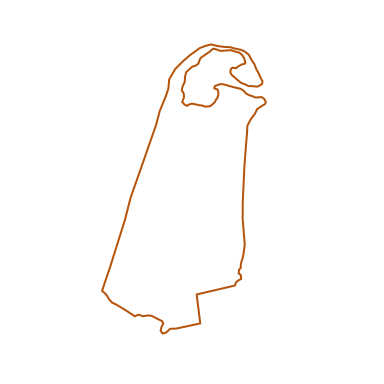 outline of Temotu, Tuvalu, rotated 49°
{"feature_id": "33948139B29442200117602", "entity_name": "Temotu", "entity_type": "district", "adm_level": 2, "iso_a3": "TUV", "parent_name": "Tuvalu", "parent_adm1": "", "projection": "orthographic", "projection_center": [178.67, -7.47], "detail": "fine", "context": "isolated", "style": "outline", "palette": "amber", "viewbox_px": 384, "rotation_deg": 49, "n_neighbors": 0, "source": "geoboundaries", "source_scale": "gbopen_adm2", "svg_char_len": 2149}
<svg xmlns="http://www.w3.org/2000/svg" viewBox="0 0 384 384"><g transform="rotate(49 192 192)"><path d="M248.2,316.8L249.5,312.9L251.0,312.0L253.7,310.3L256.3,306.2L258.3,304.2L259.6,303.5L261.1,302.8L263.9,301.8L267.6,300.2L269.8,299.3L272.4,300.0L273.6,303.2L276.1,306.7L279.4,307.1L281.1,303.8L280.9,298.2L284.6,293.7L296.6,272.0L272.4,255.7L290.7,221.0L289.0,217.9L289.2,214.6L289.9,212.0L286.6,209.6L284.2,210.2L281.4,207.4L281.4,205.2L280.1,204.0L277.9,201.9L276.3,199.0L273.1,194.4L266.1,186.5L245.6,171.5L238.7,165.4L233.4,160.8L206.2,134.8L191.4,119.8L184.2,112.4L178.3,106.7L175.7,100.1L174.2,93.1L172.2,88.5L172.8,83.6L173.5,79.2L172.6,77.3L169.1,76.4L165.9,77.3L163.9,80.1L162.0,82.3L158.7,83.9L156.3,85.4L153.5,86.5L148.9,86.7L146.0,87.6L140.6,91.5L138.0,93.3L134.9,95.3L131.5,97.5L129.3,99.7L128.2,102.1L127.1,105.2L128.2,107.1L128.8,106.9L130.1,106.3L131.0,105.6L132.5,105.8L134.3,106.9L135.8,108.2L137.6,110.9L138.0,113.1L139.1,115.9L139.3,119.0L139.1,121.9L139.1,122.1L136.7,125.6L133.2,127.8L130.8,130.0L127.3,132.4L125.1,134.4L123.8,137.5L123.8,139.2L121.2,140.3L117.7,140.3L115.2,135.9L112.6,133.8L108.4,132.9L105.9,129.5L104.2,125.3L100.6,121.8L97.8,118.0L97.6,113.6L97.6,109.6L99.1,106.2L99.3,103.1L97.8,100.3L96.5,97.6L97.0,92.4L97.4,89.0L97.8,86.9L97.6,84.8L97.8,81.9L100.4,80.0L104.0,78.1L105.4,76.4L106.9,74.3L110.7,69.4L114.3,67.3L117.9,64.8L120.9,64.4L123.7,64.6L126.7,65.4L129.4,67.1L129.6,67.1L129.8,67.8L128.3,71.1L127.5,74.9L127.5,77.2L126.9,78.1L124.7,79.9L124.8,82.3L126.9,84.6L129.6,85.2L135.1,84.4L139.0,83.9L142.4,83.1L145.8,81.2L149.1,79.9L151.5,77.2L155.3,73.7L156.2,70.5L156.4,68.0L154.5,66.1L150.6,65.2L145.1,63.6L141.5,62.9L136.4,61.0L131.1,60.4L125.8,59.1L120.5,60.0L116.3,62.1L112.6,65.0L107.8,68.2L103.3,72.8L98.6,77.0L93.1,80.8L90.6,86.0L88.5,91.5L87.4,103.9L87.4,112.3L88.2,124.1L92.1,135.4L98.4,141.9L102.3,148.5L109.7,163.2L117.8,175.1L117.9,175.3L133.6,202.7L135.4,205.8L153.4,237.5L156.3,242.5L169.1,261.0L185.8,288.2L195.1,303.4L205.5,321.2L207.6,324.7L213.1,324.0L218.2,324.9L222.9,324.9L227.9,322.8L239.9,319.0L246.1,317.3L248.2,316.8Z" fill="none" stroke="#b45309" stroke-width="2"/></g></svg>